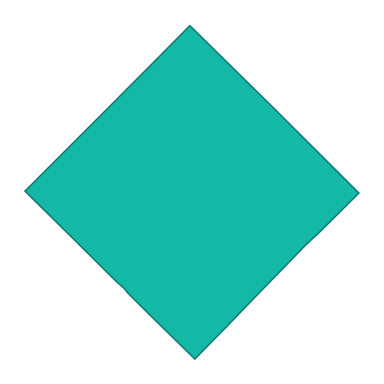 Tarrant, Texas, United States of America, rotated 134°
{"feature_id": "52423323B78708010643826", "entity_name": "Tarrant", "entity_type": "district", "adm_level": 2, "iso_a3": "USA", "parent_name": "United States of America", "parent_adm1": "Texas", "projection": "mercator", "projection_center": [-97.198, 32.771], "detail": "fine", "context": "isolated", "style": "filled", "palette": "teal", "viewbox_px": 384, "rotation_deg": 134, "n_neighbors": 0, "source": "geoboundaries", "source_scale": "gbopen_adm2", "svg_char_len": 562}
<svg xmlns="http://www.w3.org/2000/svg" viewBox="0 0 384 384"><g transform="rotate(134 192 192)"><path d="M76.8,71.2L74.9,189.6L73.8,309.1L128.4,309.8L148.7,310.1L165.8,310.4L181.7,310.6L285.3,312.4L298.1,312.6L300.9,312.7L307.4,312.8L308.0,260.2L308.1,243.9L308.3,234.6L308.4,224.8L308.8,198.7L309.0,184.2L308.5,173.9L309.3,167.6L309.5,156.5L309.6,148.0L309.8,134.1L310.2,73.9L268.3,73.6L265.8,73.5L248.6,73.6L242.4,73.6L217.8,73.6L174.9,73.4L162.5,73.4L151.6,73.4L143.2,73.0L135.5,72.4L76.8,71.2Z" fill="#14b8a6" stroke="#0f766e" stroke-width="1.5"/></g></svg>